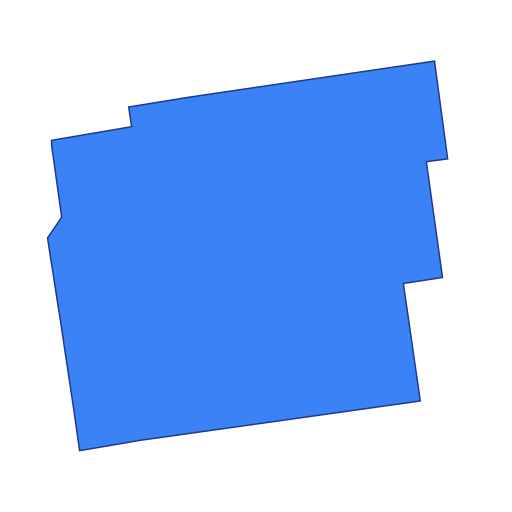 outline of Hancock, Indiana, United States of America, rotated 352°
{"feature_id": "52423323B28427139974873", "entity_name": "Hancock", "entity_type": "district", "adm_level": 2, "iso_a3": "USA", "parent_name": "United States of America", "parent_adm1": "Indiana", "projection": "natural_earth1", "projection_center": [-85.846, 39.821], "detail": "fine", "context": "isolated", "style": "filled", "palette": "blue", "viewbox_px": 512, "rotation_deg": 352, "n_neighbors": 0, "source": "geoboundaries", "source_scale": "gbopen_adm2", "svg_char_len": 442}
<svg xmlns="http://www.w3.org/2000/svg" viewBox="0 0 512 512"><g transform="rotate(352 256 256)"><path d="M69.6,113.0L69.0,118.3L69.0,167.1L69.0,190.5L52.1,209.1L52.3,228.9L52.7,248.8L53.0,275.9L53.3,288.5L53.5,308.4L53.6,322.9L54.2,384.6L54.2,424.2L115.6,422.4L398.5,422.4L398.1,303.7L437.7,303.2L437.8,186.3L459.3,186.5L459.9,87.8L212.0,89.4L150.7,90.7L150.8,110.6L69.6,113.0Z" fill="#3b82f6" stroke="#1e3a8a" stroke-width="1.5"/></g></svg>